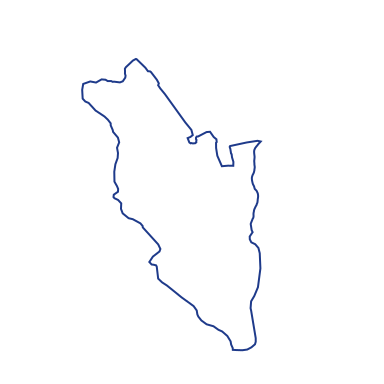 the district of Santa Bárbara, Suchitepéquez, Guatemala, rotated 136°
{"feature_id": "79465075B82403769630407", "entity_name": "Santa Bárbara", "entity_type": "district", "adm_level": 2, "iso_a3": "GTM", "parent_name": "Guatemala", "parent_adm1": "Suchitepéquez", "projection": "natural_earth1", "projection_center": [-91.268, 14.473], "detail": "fine", "context": "isolated", "style": "outline", "palette": "blue", "viewbox_px": 384, "rotation_deg": 136, "n_neighbors": 0, "source": "geoboundaries", "source_scale": "gbopen_adm2", "svg_char_len": 2974}
<svg xmlns="http://www.w3.org/2000/svg" viewBox="0 0 384 384"><g transform="rotate(136 192 192)"><path d="M107.5,180.6L109.3,183.3L118.2,189.6L132.7,198.6L133.5,198.3L134.0,197.5L134.4,196.5L137.2,192.5L137.2,191.7L139.1,189.2L141.3,184.9L144.1,182.2L147.8,185.9L152.6,189.8L148.6,200.5L144.1,206.9L140.5,210.7L139.5,210.8L137.8,213.0L138.2,216.4L137.2,222.8L139.9,225.0L149.0,227.7L150.1,228.6L151.4,228.3L152.4,227.3L152.6,226.3L153.8,225.5L154.3,224.8L155.7,224.8L157.6,226.3L158.6,227.8L159.2,228.0L159.5,229.5L157.7,233.8L154.9,232.7L151.9,232.4L149.3,237.1L148.5,246.7L143.5,281.2L142.9,288.5L142.2,292.3L140.4,293.2L139.3,297.2L138.2,306.8L138.4,307.9L139.8,309.5L139.2,313.8L139.6,326.1L140.0,326.7L143.2,327.6L152.9,327.7L154.6,327.3L156.5,325.2L158.0,323.7L159.0,321.8L160.6,320.6L164.9,319.7L167.7,320.9L171.5,325.6L172.5,326.3L173.1,328.0L175.6,330.4L176.2,332.8L178.8,335.8L185.0,337.4L188.4,342.2L195.2,345.3L200.0,341.8L205.8,335.1L205.9,331.2L204.5,327.9L204.8,317.6L202.5,307.1L202.3,302.5L202.8,297.9L204.2,296.4L206.0,291.6L207.0,290.1L207.5,282.6L209.9,278.3L215.2,275.9L218.2,271.4L221.9,268.1L227.8,265.2L233.8,260.6L240.6,253.3L241.9,248.3L243.0,245.5L245.1,243.6L250.1,244.4L252.0,242.9L252.1,241.4L250.7,237.6L250.8,233.0L254.8,229.2L256.7,224.8L255.8,217.2L253.5,213.6L250.9,205.3L251.1,201.9L252.0,200.7L252.7,177.8L254.3,173.0L256.7,171.8L265.0,172.7L271.3,171.3L271.4,167.9L270.1,166.3L268.8,164.2L269.2,162.8L276.5,153.2L276.3,147.8L275.0,142.2L272.7,123.5L270.1,108.8L270.9,103.5L273.2,100.2L274.0,98.0L274.5,93.1L273.4,86.7L269.8,80.5L268.7,74.5L267.2,70.8L266.6,63.9L268.0,57.7L269.8,55.1L271.1,51.5L272.3,50.1L269.7,47.3L265.7,43.2L261.7,40.3L257.2,39.0L252.5,38.7L250.2,40.0L247.7,42.6L232.0,65.4L230.6,67.7L225.4,72.3L219.5,73.9L210.7,77.7L195.9,89.5L185.8,100.9L183.1,105.6L182.8,110.5L184.3,114.6L183.3,117.8L181.4,119.9L176.3,121.0L175.6,123.1L172.0,128.2L171.3,128.6L169.8,129.3L168.2,130.0L167.2,130.5L166.4,130.7L165.8,130.9L164.8,131.6L164.2,132.2L163.3,133.2L162.7,133.8L161.8,134.5L161.0,135.0L160.2,135.7L159.4,136.1L158.6,136.5L157.7,136.8L157.0,137.1L155.8,137.5L155.1,137.7L154.4,137.9L153.9,138.3L152.4,138.9L151.5,139.6L150.9,140.1L150.1,140.8L149.5,141.3L148.8,141.8L148.3,142.2L147.6,142.8L146.7,143.8L145.9,144.9L145.5,145.7L145.2,146.6L144.9,147.3L144.7,148.2L144.7,148.9L144.7,149.7L144.7,150.6L144.1,151.8L143.5,152.8L143.2,153.7L142.8,155.1L142.4,156.0L141.9,156.8L141.5,157.5L140.6,158.9L140.1,159.5L139.6,160.1L139.1,160.6L138.6,161.0L137.4,161.7L136.8,162.0L136.0,162.3L135.0,162.6L133.7,163.2L132.8,163.8L132.0,164.3L131.5,164.8L130.7,165.4L130.2,165.8L129.6,166.3L128.9,167.2L128.2,168.2L127.2,169.3L126.3,170.4L125.7,171.1L125.1,171.6L124.5,172.1L123.8,172.7L123.2,173.2L122.4,174.0L120.5,176.5L119.4,177.8L118.2,178.8L117.6,179.1L116.8,179.4L116.1,179.7L114.9,179.9L113.6,180.1L112.6,180.1L111.6,180.4L110.9,180.4L109.8,180.5L108.7,180.5L107.5,180.6Z" fill="none" stroke="#1e3a8a" stroke-width="2"/></g></svg>